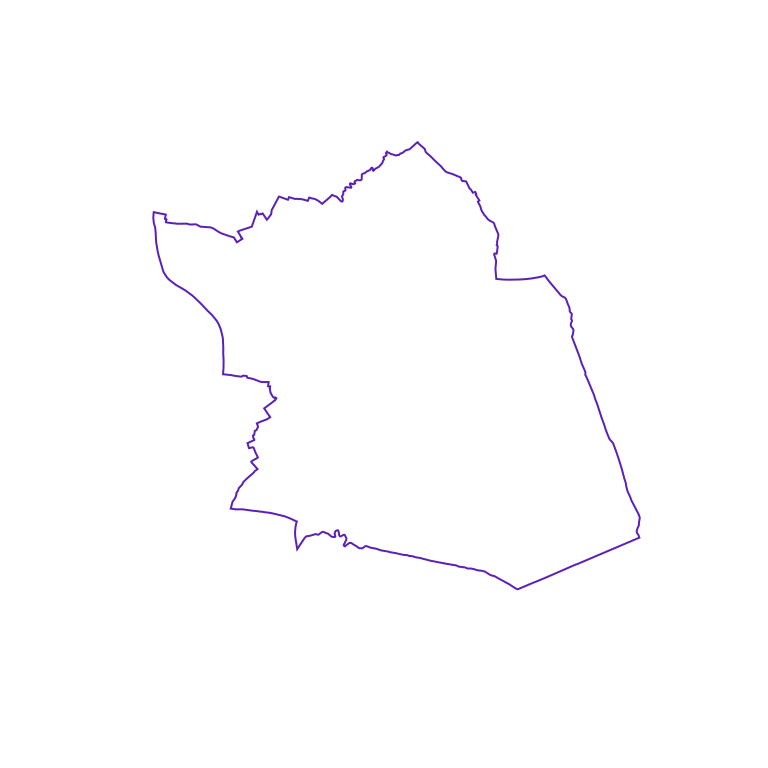 outline of Mueang Nonthaburi, Nonthaburi, Thailand, rotated 54°
{"feature_id": "78962969B57513030361621", "entity_name": "Mueang Nonthaburi", "entity_type": "district", "adm_level": 2, "iso_a3": "THA", "parent_name": "Thailand", "parent_adm1": "Nonthaburi", "projection": "orthographic", "projection_center": [100.48, 13.852], "detail": "fine", "context": "isolated", "style": "outline", "palette": "violet", "viewbox_px": 768, "rotation_deg": 54, "n_neighbors": 0, "source": "geoboundaries", "source_scale": "gbopen_adm2", "svg_char_len": 6153}
<svg xmlns="http://www.w3.org/2000/svg" viewBox="0 0 768 768"><g transform="rotate(54 384 384)"><path d="M200.5,314.8L201.0,317.4L201.9,328.1L197.6,329.3L194.7,330.6L193.5,331.3L191.3,333.4L189.3,334.8L189.4,335.4L191.0,337.7L191.0,338.1L188.2,340.1L184.8,343.2L184.5,344.2L183.0,345.5L182.7,346.2L182.1,347.1L177.0,351.0L178.5,353.4L170.6,358.8L177.4,372.8L178.2,373.6L179.7,374.8L180.4,375.8L181.9,380.6L182.2,382.2L174.8,381.9L174.8,382.5L174.5,382.8L174.3,383.8L173.7,384.1L173.3,385.9L170.0,385.5L179.0,398.5L175.1,410.7L174.8,412.6L179.8,413.0L181.7,413.5L181.8,413.1L183.3,413.2L182.9,419.7L177.2,419.3L173.7,422.0L167.2,426.6L164.0,428.3L157.9,430.6L155.5,432.1L148.8,440.0L144.7,442.0L143.9,442.8L141.0,447.2L138.4,449.2L133.5,456.2L128.9,461.4L125.0,465.4L124.8,465.4L123.0,463.2L122.8,463.2L121.9,464.2L121.6,464.2L118.7,460.9L112.3,466.9L109.6,469.2L109.7,469.4L114.0,473.0L118.3,475.5L122.9,477.2L125.8,478.8L135.4,485.0L143.0,488.8L147.6,490.8L162.9,496.3L165.7,496.7L170.0,496.9L172.9,496.6L181.3,494.2L191.5,489.7L200.1,487.0L206.2,485.8L212.0,484.8L220.9,483.7L227.1,482.6L234.2,482.2L238.0,482.5L243.8,483.9L250.6,486.7L252.6,487.7L260.5,492.9L264.9,496.2L270.9,500.1L276.8,504.5L281.5,508.5L286.9,502.5L289.9,499.7L293.8,495.6L294.3,494.9L294.5,492.9L296.9,490.4L298.6,490.9L302.2,487.6L304.1,486.1L305.5,485.4L306.6,484.4L307.8,483.9L309.2,482.9L311.1,481.1L314.6,476.2L317.6,479.0L319.0,477.5L320.2,478.6L320.1,478.8L324.3,480.9L327.3,481.3L328.9,481.4L330.0,481.2L331.0,480.8L330.8,480.0L331.0,479.8L332.3,479.5L333.2,481.8L333.0,482.1L333.2,485.9L333.3,495.2L339.4,495.5L343.9,495.5L343.8,499.3L342.1,505.4L341.1,510.0L344.4,510.9L344.7,511.2L346.3,514.2L346.0,516.1L348.1,518.2L348.8,518.8L348.9,519.2L348.7,520.3L350.2,521.2L352.7,521.6L353.1,521.9L351.6,529.2L356.5,530.9L358.0,527.5L358.8,526.9L364.1,528.3L369.3,529.2L369.4,529.9L368.8,534.6L368.7,536.8L368.9,537.2L370.4,537.2L378.5,536.3L378.6,538.2L378.4,539.5L379.1,541.4L379.8,549.5L380.5,554.8L380.9,555.9L382.1,558.1L382.8,562.4L384.7,565.2L385.1,566.8L385.5,567.6L386.5,568.1L386.8,568.7L388.2,570.3L388.4,571.1L389.1,572.2L390.2,575.7L394.7,581.2L398.0,577.9L402.5,571.8L408.9,565.2L412.7,560.9L414.3,559.4L415.8,557.6L417.8,555.7L420.3,552.9L423.7,549.7L432.8,542.0L436.7,539.5L444.0,535.4L445.3,537.1L447.6,539.6L450.2,541.9L453.0,544.1L456.2,546.0L466.6,551.3L462.0,539.0L461.6,537.1L461.7,536.1L463.4,532.8L465.1,527.8L465.9,527.0L466.8,526.3L467.4,525.5L467.3,521.7L467.5,520.7L467.8,520.2L468.6,519.5L470.6,518.6L471.9,517.3L476.2,516.3L476.8,516.0L478.0,515.0L478.8,513.8L478.9,513.3L478.6,512.8L476.1,512.0L474.7,510.1L474.5,509.5L474.6,508.7L474.9,507.8L475.4,507.2L475.7,507.2L476.8,507.5L480.0,509.1L481.1,509.2L481.7,508.9L481.9,508.5L482.3,505.3L482.8,504.6L483.3,504.5L486.4,505.1L487.1,505.4L487.8,505.9L490.5,511.2L491.1,511.4L492.1,511.3L492.3,510.8L492.2,505.5L492.4,505.0L493.2,504.2L493.9,503.7L495.5,503.2L499.1,501.6L501.3,501.0L502.3,500.5L503.5,499.1L504.1,498.2L504.2,497.4L504.2,494.7L504.8,493.5L508.6,491.0L512.7,487.1L517.2,483.9L521.3,479.8L524.2,477.4L527.4,474.2L533.6,468.8L536.0,465.9L538.0,464.6L539.5,462.7L543.0,460.0L546.9,456.2L549.1,454.7L549.9,453.8L553.8,450.7L566.8,438.6L568.1,437.1L568.8,436.6L573.2,432.2L576.0,430.6L577.2,429.2L579.1,427.3L579.7,426.5L582.4,424.8L584.6,421.9L586.7,420.0L589.1,418.3L590.3,417.2L592.3,415.0L594.4,413.1L595.2,412.6L601.2,410.2L604.6,407.4L608.3,405.8L619.2,400.6L626.7,397.7L628.7,396.5L631.6,383.8L635.7,367.0L642.8,334.8L643.2,333.9L658.4,267.7L656.1,267.0L652.9,266.8L651.8,266.3L649.7,263.7L648.2,261.0L645.6,258.8L642.8,255.9L641.9,255.4L639.1,254.6L623.2,252.2L620.0,251.2L614.2,250.1L608.8,248.0L606.3,246.6L601.9,245.2L592.1,241.4L581.7,237.9L575.5,236.0L567.1,233.6L564.3,233.6L562.3,233.9L561.1,233.9L557.0,233.0L550.7,231.3L546.4,229.8L538.6,227.6L526.7,223.7L520.1,221.9L516.1,220.5L497.4,216.1L495.0,215.8L493.1,214.3L492.5,214.0L483.9,212.1L475.6,209.4L456.9,204.4L456.0,203.9L455.0,202.2L452.2,199.3L450.7,198.7L447.7,198.8L446.4,198.5L444.8,197.1L443.5,194.9L442.9,194.5L441.7,194.4L441.1,194.1L438.8,191.8L437.8,191.0L436.9,190.8L435.3,191.1L434.6,191.1L431.4,189.2L427.4,188.3L422.4,186.8L420.6,186.8L418.9,187.8L416.4,188.8L397.9,190.1L390.6,190.2L389.9,192.8L388.4,196.4L384.9,203.4L381.9,208.6L378.8,213.4L373.3,221.3L369.7,226.0L365.0,231.4L356.4,226.2L350.6,221.1L348.6,220.3L344.6,219.0L343.7,218.6L343.5,218.2L343.5,217.6L343.8,217.3L344.7,216.6L344.6,215.9L339.6,211.2L339.1,211.0L338.1,211.3L337.8,211.2L337.4,210.2L335.8,209.3L331.7,204.8L330.5,203.8L329.3,203.3L321.5,201.5L319.4,200.7L318.3,200.6L317.2,200.8L313.9,202.5L311.4,203.2L308.3,203.2L306.5,203.5L301.7,203.2L299.5,202.7L297.5,201.8L291.7,200.9L291.6,200.6L291.6,199.0L284.7,198.5L284.6,198.4L284.6,197.7L282.4,197.3L282.2,197.3L281.5,199.7L277.9,199.4L275.7,199.9L273.0,199.2L268.3,198.5L265.8,201.3L264.3,201.4L262.6,200.5L261.6,200.8L254.4,205.2L249.7,208.7L248.7,209.1L246.4,209.6L241.0,210.0L234.2,211.4L226.7,212.6L221.6,213.8L220.5,213.8L218.2,213.0L217.6,212.9L210.8,214.5L209.3,214.7L208.2,214.6L208.1,215.7L209.1,224.8L209.0,225.6L207.7,229.2L207.9,233.1L207.2,235.5L207.5,237.4L206.6,238.5L206.3,239.8L206.0,240.2L203.5,241.9L202.4,243.0L199.7,244.2L198.8,245.0L197.8,245.0L198.3,246.7L200.2,247.2L200.4,247.5L200.5,248.6L200.2,251.1L200.5,251.3L202.3,251.9L202.8,253.5L204.2,255.4L205.3,260.3L204.8,264.2L204.9,265.3L205.3,266.8L205.3,267.2L205.0,267.4L204.5,267.5L203.2,266.5L202.6,266.3L202.1,266.5L201.8,267.0L201.9,267.8L202.5,269.2L202.6,269.9L201.9,273.3L202.1,275.4L201.3,278.1L201.6,278.9L204.9,281.4L205.3,281.9L205.5,282.5L205.3,283.2L204.4,284.6L203.1,285.7L203.2,286.4L202.8,287.9L202.9,288.6L203.2,289.1L204.7,289.3L204.8,289.7L204.7,290.3L204.1,291.6L203.5,292.1L202.1,292.9L201.9,293.3L201.9,293.7L202.1,294.0L202.5,294.3L205.4,294.6L205.8,294.9L205.9,295.2L205.5,295.7L202.8,298.5L202.4,299.2L202.3,299.7L202.8,300.3L204.7,301.3L204.8,301.9L204.3,303.1L204.4,303.7L204.7,304.1L205.7,304.7L206.5,305.4L207.6,307.8L210.4,308.7L211.6,309.8L211.9,310.3L211.5,311.0L210.8,311.4L204.7,312.2L202.1,314.0L200.5,314.8Z" fill="none" stroke="#5b21b6" stroke-width="2"/></g></svg>